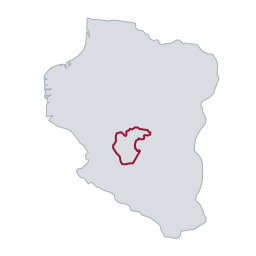 Plateau highlighted on a map of Nigeria, rotated 94°
{"feature_id": "NGA-2866", "entity_name": "Plateau", "entity_type": "State", "adm_level": 1, "iso_a3": "NGA", "parent_name": "Nigeria", "parent_adm1": "", "projection": "orthographic", "projection_center": [9.38, 9.346], "detail": "coarse", "context": "in_parent", "style": "outline", "palette": "rose", "viewbox_px": 256, "rotation_deg": 94, "n_neighbors": 0, "source": "natural_earth", "source_scale": "10m", "svg_char_len": 4178}
<svg xmlns="http://www.w3.org/2000/svg" viewBox="0 0 256 256"><g transform="rotate(94 128 128)"><path d="M216.2,43.7L224.5,55.0L226.4,63.4L227.1,67.6L228.5,68.1L231.0,68.2L232.8,69.1L234.0,70.4L234.7,71.7L234.8,72.5L234.4,77.5L233.8,79.4L234.2,81.9L234.1,83.0L233.8,83.7L232.7,84.5L231.2,85.4L227.5,87.9L226.5,88.2L225.0,88.3L223.6,88.9L222.1,90.3L218.7,95.2L215.8,100.1L213.8,108.0L211.2,110.5L210.8,112.7L210.4,117.6L210.1,119.1L209.6,119.5L206.9,120.5L205.3,121.6L204.3,123.9L203.2,131.5L202.7,132.7L201.8,134.0L200.4,135.5L199.2,136.3L196.0,136.8L192.9,142.6L192.9,143.6L191.6,148.7L189.3,152.7L189.1,155.2L186.2,158.6L184.7,161.0L186.3,163.4L186.4,163.8L181.3,168.0L181.0,168.6L180.8,171.5L180.4,172.2L179.5,173.3L178.1,174.5L176.7,175.4L175.2,176.0L173.7,176.2L172.8,175.9L172.3,175.0L171.5,171.5L171.0,170.8L170.0,170.1L166.1,166.3L163.7,164.9L163.2,165.0L162.8,165.4L162.2,167.3L161.5,168.0L160.3,168.3L158.1,168.3L156.5,168.0L156.1,167.7L155.4,166.1L150.5,169.7L148.8,170.4L146.7,174.6L143.6,176.7L141.5,178.5L135.8,184.1L134.7,185.7L133.5,188.2L131.1,198.8L127.2,205.4L126.6,206.8L126.4,206.8L125.9,207.4L124.4,207.0L123.7,205.8L122.8,205.6L121.2,203.8L120.8,204.1L122.5,208.6L121.9,210.4L117.1,210.4L113.0,211.0L110.1,210.9L108.7,210.3L108.1,208.6L107.8,208.8L107.7,209.7L106.8,210.4L103.6,210.5L102.2,209.3L101.1,208.0L99.8,207.4L100.0,208.0L101.4,209.3L101.2,211.1L98.7,213.2L97.0,213.3L96.0,212.4L95.5,210.9L95.3,208.7L94.6,207.2L94.2,207.2L94.7,209.6L94.7,211.9L95.9,213.6L94.0,214.1L91.8,214.2L91.5,213.5L91.2,212.1L90.8,211.7L90.4,214.2L85.7,214.8L85.1,214.7L84.9,214.2L85.3,213.6L85.2,212.5L84.2,213.3L84.0,215.0L83.4,215.3L81.7,215.0L79.8,214.1L76.7,211.9L72.9,208.4L72.3,206.9L71.2,204.9L69.2,199.7L69.6,199.4L70.5,199.7L70.9,199.2L69.3,198.8L69.0,198.5L68.9,197.3L69.0,195.9L71.4,195.2L71.9,194.3L72.3,193.4L69.3,194.7L66.5,193.2L65.9,192.3L66.2,191.6L69.5,191.6L70.6,190.9L69.9,190.7L68.7,190.7L68.2,190.2L68.3,189.1L67.9,189.4L67.3,190.3L65.5,191.0L64.4,190.3L64.3,188.7L64.1,188.0L63.1,187.5L59.9,183.3L55.8,179.7L52.2,177.3L46.7,176.1L35.2,175.9L34.6,175.6L35.3,175.1L36.3,174.7L40.0,172.8L39.4,172.6L35.5,173.7L34.2,173.8L32.5,176.1L21.2,176.4L21.2,175.3L21.8,172.3L22.5,170.2L21.8,167.6L21.6,165.3L22.1,164.6L22.3,163.7L22.2,157.8L22.8,156.9L22.9,156.3L21.7,153.7L21.8,151.8L21.6,149.9L21.2,149.1L21.8,141.8L21.7,140.0L22.1,138.7L22.3,135.6L22.3,132.5L23.2,127.7L28.0,127.2L29.2,125.3L29.9,122.9L29.7,120.5L31.3,118.5L33.3,116.6L33.2,114.6L33.8,114.0L34.7,113.5L36.0,113.3L37.4,112.3L38.2,110.6L39.1,107.8L37.9,105.8L37.9,105.3L38.4,104.3L39.2,103.2L39.8,102.9L41.2,103.2L41.6,102.8L42.6,99.7L42.5,98.8L41.2,96.7L40.6,91.1L40.3,90.3L39.3,89.3L36.7,85.3L36.8,83.4L37.9,81.0L38.7,79.8L39.7,79.2L40.0,78.6L39.7,77.9L39.2,77.4L39.1,76.3L39.6,74.8L39.5,73.2L39.9,64.7L42.1,63.0L45.3,60.3L47.0,57.4L47.9,55.3L49.1,48.0L50.8,47.2L54.0,44.6L58.3,43.1L61.1,42.7L66.0,43.0L68.5,42.8L70.7,41.4L71.6,41.0L73.0,40.7L85.1,44.7L86.2,44.5L87.2,44.8L88.7,45.8L92.2,49.3L96.0,54.8L97.1,56.0L98.3,56.7L99.5,56.9L100.4,56.8L101.3,56.3L102.5,55.3L104.3,54.8L105.8,54.9L113.4,50.8L114.2,50.7L118.8,51.6L125.2,55.9L130.4,58.6L134.1,59.6L138.4,60.2L145.8,60.4L151.3,54.5L153.4,53.2L155.8,52.0L161.0,50.9L169.5,50.2L177.6,50.4L182.5,51.4L187.8,53.3L190.1,55.1L193.7,55.4L196.2,55.0L197.0,53.2L199.5,50.8L203.3,48.5L206.4,46.9L209.0,46.2L211.3,44.4L213.1,43.8L216.2,43.7ZM103.9,212.9L102.1,213.4L101.0,213.3L102.6,210.9L103.4,211.4L104.4,211.6L103.9,212.9Z" fill="#d9dde1" stroke="#a8b0b8" stroke-width="1"/><path d="M162.8,120.6L163.4,125.0L164.3,127.8L164.5,130.7L163.9,131.8L161.0,133.3L156.9,134.3L154.1,137.6L149.5,141.1L148.2,141.5L145.8,141.5L145.2,140.6L142.1,139.1L138.2,139.6L135.4,139.3L133.9,138.5L132.7,134.7L133.9,132.7L135.7,131.0L136.1,129.9L135.3,129.2L131.7,129.3L130.9,128.4L130.6,127.1L128.7,126.0L129.1,123.8L126.9,120.9L126.9,118.3L128.2,116.3L128.7,108.4L130.7,106.5L130.9,105.4L133.0,105.5L134.0,107.3L134.1,111.1L134.7,111.5L136.8,111.2L138.0,111.6L138.4,114.3L137.6,116.4L138.7,117.1L140.1,119.1L143.8,119.9L148.0,119.4L148.5,118.3L150.1,117.4L150.3,116.8L149.4,115.2L150.4,114.5L162.8,120.6Z" fill="none" stroke="#9f1239" stroke-width="2"/></g></svg>